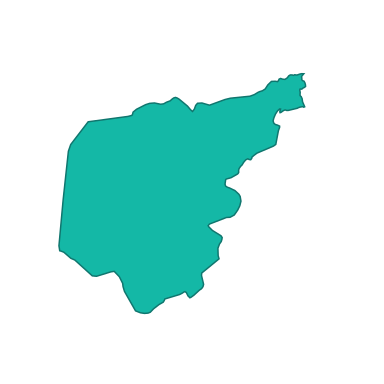 the Province of Kerman, rotated 251°
{"feature_id": "IRN-3248", "entity_name": "Kerman", "entity_type": "Province", "adm_level": 1, "iso_a3": "IRN", "parent_name": "Iran", "parent_adm1": "", "projection": "natural_earth1", "projection_center": [57.389, 29.03], "detail": "fine", "context": "isolated", "style": "filled", "palette": "teal", "viewbox_px": 384, "rotation_deg": 251, "n_neighbors": 0, "source": "natural_earth", "source_scale": "10m", "svg_char_len": 2447}
<svg xmlns="http://www.w3.org/2000/svg" viewBox="0 0 384 384"><g transform="rotate(251 192 192)"><path d="M120.0,195.8L112.2,174.8L109.9,173.8L100.9,172.9L99.1,171.7L98.2,170.7L97.3,169.1L96.9,167.3L93.8,160.2L92.7,156.5L92.7,155.5L94.5,154.7L94.9,154.4L98.8,153.9L100.1,152.9L100.0,151.6L99.5,149.7L99.1,146.9L99.7,131.5L98.5,130.5L97.2,128.9L96.3,124.1L94.1,117.7L91.9,113.4L91.8,111.0L92.7,107.5L94.6,103.9L98.0,99.9L120.0,95.8L125.0,96.0L128.2,96.7L135.6,95.7L142.3,92.6L142.9,89.3L143.4,74.3L145.2,70.4L165.9,59.0L168.7,55.9L176.8,51.2L178.6,49.1L179.5,47.8L184.5,48.7L226.3,67.5L270.8,88.4L276.4,92.8L292.2,116.7L284.3,156.1L284.0,160.1L284.9,161.1L286.7,162.3L288.3,166.5L289.7,176.6L289.6,180.8L288.4,185.5L285.2,190.9L284.6,193.9L285.2,197.1L285.3,201.0L286.4,203.6L286.9,205.5L286.8,207.2L285.7,208.6L283.9,210.1L274.7,215.7L270.3,217.4L268.0,218.7L269.5,221.1L272.7,223.7L274.1,226.1L272.9,230.4L268.4,236.8L268.7,253.3L268.2,258.8L263.7,278.0L263.8,282.7L264.7,286.7L264.9,288.5L264.8,291.6L265.6,294.8L268.6,298.6L270.7,303.1L269.6,306.8L268.5,308.8L269.1,309.9L270.4,311.2L270.5,312.8L269.2,314.4L268.2,316.6L269.0,319.4L270.3,321.2L270.7,323.0L270.1,324.8L269.3,325.8L269.4,327.4L268.9,328.2L268.4,329.4L268.4,332.3L268.2,334.1L267.4,336.2L265.8,333.6L265.2,333.0L264.1,333.0L262.6,332.4L261.4,332.7L260.3,334.0L258.5,334.3L256.6,334.2L254.9,333.8L254.3,332.5L254.2,331.0L253.7,330.0L253.6,329.0L254.0,328.2L254.1,327.6L253.3,327.1L250.9,326.7L249.3,326.0L247.9,325.6L246.6,326.3L244.4,326.5L241.2,325.9L235.9,326.3L235.8,325.3L236.7,324.3L237.1,321.6L237.1,320.2L236.9,318.8L237.8,309.5L238.3,308.0L239.1,307.1L239.3,306.3L239.2,305.1L238.3,302.0L238.3,301.1L239.2,301.1L241.6,302.7L242.0,301.8L240.8,299.2L238.5,296.3L235.5,293.6L232.8,291.8L230.2,291.8L228.6,292.9L227.6,294.4L225.8,296.3L224.6,295.9L221.9,293.7L209.7,286.7L208.9,284.0L207.6,266.1L206.4,262.4L205.4,260.0L204.3,259.4L203.4,258.0L204.1,256.6L205.2,255.6L204.9,253.2L203.1,250.3L201.3,248.2L200.4,246.3L198.8,244.1L196.8,242.9L195.6,242.7L194.8,242.0L194.2,241.0L192.8,233.6L193.1,228.7L192.8,227.9L188.7,225.8L186.6,225.7L184.8,227.2L183.6,228.8L179.3,233.1L174.6,235.6L172.1,236.1L167.4,235.3L163.4,232.7L160.0,229.3L156.5,224.5L155.7,219.8L156.7,216.3L156.0,198.1L154.9,196.3L153.7,196.5L149.0,198.8L141.1,205.2L139.1,205.7L137.4,204.8L135.6,203.5L133.9,201.1L130.4,198.2L123.3,196.0L120.0,195.8Z" fill="#14b8a6" stroke="#0f766e" stroke-width="1.5"/></g></svg>